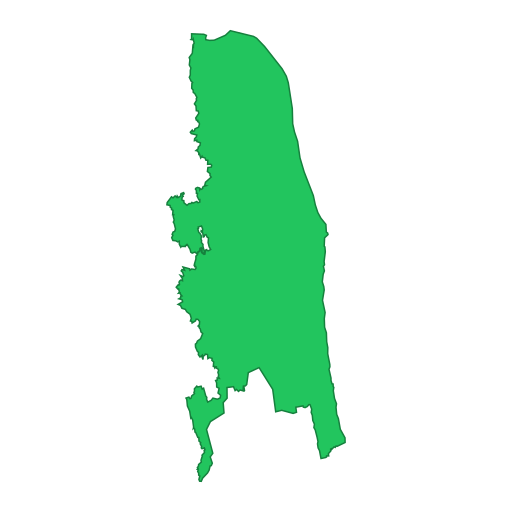 the district of Bandarban, Chittagong, Bangladesh
{"feature_id": "16705992B23463827258150", "entity_name": "Bandarban", "entity_type": "district", "adm_level": 2, "iso_a3": "BGD", "parent_name": "Bangladesh", "parent_adm1": "Chittagong", "projection": "equal_earth", "projection_center": [92.198, 21.77], "detail": "fine", "context": "isolated", "style": "filled", "palette": "green", "viewbox_px": 512, "rotation_deg": 0, "n_neighbors": 0, "source": "geoboundaries", "source_scale": "gbopen_adm2", "svg_char_len": 6092}
<svg xmlns="http://www.w3.org/2000/svg" viewBox="0 0 512 512"><path d="M325.9,224.4L320.9,218.2L317.8,212.5L315.3,204.9L313.3,195.5L304.1,171.8L300.0,157.9L297.6,141.3L294.5,132.0L292.7,123.8L292.3,108.5L288.3,82.8L286.3,76.2L282.1,68.8L264.5,46.4L256.6,38.2L253.5,36.4L230.3,30.7L225.4,35.3L214.2,40.2L209.5,40.4L205.8,39.7L205.6,37.8L206.4,35.4L203.8,34.3L191.6,33.8L191.6,38.9L191.0,39.5L193.1,39.9L193.3,39.3L194.2,43.3L193.4,44.2L193.4,46.6L192.9,46.0L192.3,53.3L189.2,57.5L189.9,59.8L189.3,65.0L190.9,68.0L190.3,70.4L190.3,75.1L189.3,77.3L191.1,81.1L192.6,82.5L191.9,83.4L191.7,88.3L193.1,90.0L193.3,92.5L194.7,93.4L196.9,97.4L196.2,98.9L196.6,100.2L194.4,103.9L196.0,106.0L196.3,110.7L198.2,111.0L198.8,113.3L195.7,118.0L196.3,120.1L197.8,120.4L197.6,121.6L198.8,122.1L199.5,124.0L198.5,127.2L195.0,128.8L194.4,130.8L192.9,131.4L192.2,130.1L190.3,132.2L191.3,133.6L196.8,135.0L196.3,136.9L194.6,138.7L194.4,140.7L196.8,140.2L196.9,141.6L200.4,142.8L200.0,145.4L198.2,147.1L198.2,148.7L196.0,150.6L197.5,150.9L198.8,152.9L198.8,154.2L199.4,153.8L200.7,158.0L202.0,156.3L202.2,157.1L205.0,157.9L205.9,160.2L207.8,160.3L207.6,164.3L210.8,164.2L211.7,165.3L211.3,167.1L207.9,167.5L207.4,171.5L210.0,173.5L210.0,175.5L211.2,177.1L205.5,182.2L204.7,185.4L206.0,185.7L203.3,186.5L202.6,187.5L202.8,188.2L201.6,189.3L200.4,188.8L199.8,189.8L199.6,188.0L197.5,187.4L195.6,188.4L195.5,189.4L196.4,190.3L196.4,193.3L197.5,193.4L197.1,196.1L198.9,199.8L199.8,199.6L199.8,202.1L197.9,202.7L196.8,201.5L193.0,203.1L191.9,202.4L191.0,203.5L189.0,203.6L187.0,205.3L184.0,202.8L183.8,200.6L182.2,200.3L181.9,199.4L182.2,197.0L183.2,196.4L182.5,195.0L184.1,193.8L183.6,192.6L181.0,193.6L180.4,196.3L178.2,197.5L177.2,196.0L176.8,197.4L175.1,195.9L173.0,197.9L171.5,196.8L167.2,202.5L166.9,204.8L170.1,205.5L170.3,207.3L171.6,208.1L171.5,209.6L173.0,210.3L172.6,214.8L173.7,214.7L173.2,216.4L174.2,220.1L173.3,222.1L174.2,223.6L175.5,228.9L174.7,231.4L173.1,232.0L172.1,234.4L172.9,235.2L171.7,237.7L172.9,240.5L175.8,240.8L177.7,241.9L179.3,241.2L179.3,244.2L180.8,247.2L181.4,246.4L185.3,246.5L185.4,245.6L186.6,245.4L186.6,244.5L187.2,244.4L190.1,249.4L190.8,252.2L192.2,253.1L195.0,252.1L197.2,254.1L197.6,252.1L199.7,250.7L199.9,248.4L201.3,247.7L202.0,248.5L202.1,252.5L204.2,253.5L204.4,251.7L202.9,246.1L203.0,244.4L201.4,242.5L201.6,240.4L201.0,239.2L201.4,236.1L200.0,233.4L198.8,232.4L197.7,228.8L198.5,228.5L198.2,227.0L201.5,226.0L202.7,229.1L202.3,231.7L201.2,230.8L201.1,231.5L202.8,233.1L203.3,237.0L204.2,236.6L204.7,235.0L206.0,234.6L207.2,237.2L208.5,237.9L208.1,242.6L209.2,246.9L210.7,249.5L208.3,250.8L207.0,250.5L206.7,249.6L205.5,250.1L204.9,254.2L203.9,254.4L201.6,252.6L201.6,248.5L200.4,248.5L200.0,251.0L198.0,252.5L197.4,254.8L195.9,256.1L195.9,259.0L194.4,264.2L194.8,265.0L194.2,265.3L194.9,266.8L195.7,266.6L196.1,268.0L195.1,269.5L191.6,269.0L189.9,270.2L189.6,268.8L183.0,267.0L184.6,270.3L182.0,269.6L181.2,270.9L182.7,272.4L183.8,275.8L183.0,276.6L180.4,275.5L182.3,278.4L182.5,280.7L180.9,280.0L179.6,281.0L179.0,282.2L179.5,284.3L178.9,285.1L178.2,284.8L176.2,287.2L177.9,289.1L178.6,288.9L179.4,292.1L178.5,293.2L180.3,293.0L180.4,294.2L181.9,295.9L180.8,296.1L180.6,297.8L178.9,298.8L182.1,299.7L182.6,301.8L178.1,304.4L180.5,305.4L181.9,308.3L185.4,309.4L186.7,311.7L190.1,314.3L191.3,318.4L190.4,321.0L191.8,321.5L192.1,323.0L195.5,320.9L196.1,319.2L197.8,319.3L199.6,321.4L199.4,324.5L198.1,326.0L199.3,326.5L199.1,327.6L200.2,328.8L201.0,332.0L202.7,333.5L200.6,338.7L197.4,341.1L196.5,343.3L195.4,344.1L195.5,347.1L197.4,351.4L198.6,352.4L198.3,354.6L200.0,357.0L202.2,355.2L202.0,357.1L203.0,359.5L203.2,355.9L204.6,355.5L205.3,354.1L207.5,354.5L207.9,358.6L209.4,357.6L212.1,358.4L211.9,360.4L213.7,361.9L213.3,366.3L214.1,366.3L214.8,368.0L215.7,366.7L216.4,366.8L216.4,368.1L218.1,369.1L218.6,370.4L217.9,372.3L218.7,375.1L218.2,376.4L219.3,378.3L217.2,377.9L217.2,380.1L215.6,380.5L216.6,382.8L216.7,387.0L219.1,388.3L218.0,393.0L220.6,395.2L220.2,397.9L217.4,399.2L212.9,398.1L211.2,400.3L207.7,402.1L206.6,399.3L206.8,397.3L205.8,396.1L203.6,388.2L202.2,389.1L201.1,386.2L197.7,387.0L196.8,386.1L194.4,388.8L194.5,391.3L193.9,392.3L194.5,393.6L191.7,395.9L190.9,398.4L189.9,398.7L188.9,397.1L186.0,398.1L186.8,399.6L187.4,406.0L189.7,411.2L190.8,418.2L191.4,417.6L192.7,420.1L193.6,427.1L193.3,428.6L193.9,428.1L194.7,429.0L195.0,432.1L195.7,432.4L197.8,437.4L198.8,437.5L199.0,441.1L200.7,442.7L200.2,443.9L201.6,446.3L201.3,447.9L202.0,448.7L204.4,447.9L205.0,449.8L204.1,450.3L204.5,452.5L202.0,455.2L202.3,456.1L201.0,460.2L201.3,462.1L198.6,464.5L198.4,466.4L197.4,467.4L198.1,468.5L197.2,469.3L198.3,469.9L197.7,471.6L198.6,472.9L198.7,475.2L199.8,476.0L198.9,479.4L199.6,481.2L201.3,481.3L202.6,478.2L207.5,473.0L209.1,470.2L210.1,466.0L211.3,465.6L212.3,463.2L210.2,456.9L212.8,453.3L206.5,429.4L210.4,421.6L224.0,413.0L223.2,402.6L227.1,398.2L227.0,387.5L233.5,386.7L235.1,390.6L236.5,389.4L238.5,391.4L240.1,390.0L244.0,391.1L244.5,390.6L244.1,388.0L243.2,389.1L243.4,386.1L245.4,385.9L246.7,384.5L248.3,372.6L259.1,367.6L272.7,389.3L275.7,411.8L281.7,410.3L293.1,413.4L296.5,412.3L295.8,407.2L303.0,405.9L303.3,407.1L305.1,407.6L307.3,406.5L308.9,404.6L310.0,404.6L311.7,409.2L311.2,412.4L312.3,415.3L312.8,420.5L314.4,424.1L313.9,427.6L315.2,429.8L317.1,437.3L318.0,441.6L317.5,443.8L318.1,447.9L319.5,450.6L321.0,458.5L325.7,457.5L326.6,456.9L326.6,455.9L328.7,455.9L328.4,453.6L330.7,451.1L330.6,449.1L331.4,448.7L331.6,449.5L334.1,446.9L335.2,447.4L336.1,446.0L337.2,446.3L345.1,442.5L345.0,437.8L340.3,429.3L338.4,418.6L336.7,414.4L336.0,407.2L336.5,403.8L334.5,398.4L333.3,390.7L333.8,387.3L333.2,386.7L333.1,384.0L332.0,383.8L331.0,380.4L331.0,378.1L329.0,369.3L329.9,366.8L329.8,364.4L327.7,353.7L327.8,347.6L326.7,341.8L326.4,332.8L324.6,327.3L324.3,318.6L325.1,312.5L322.5,300.3L324.2,290.0L323.8,286.6L322.3,281.8L323.2,274.2L324.4,270.9L323.4,266.2L324.5,264.8L324.1,261.5L325.3,251.7L324.9,246.9L324.2,246.2L324.6,237.8L328.0,234.6L327.7,233.1L326.3,232.0L325.9,224.4Z" fill="#22c55e" stroke="#15803d" stroke-width="1.5"/></svg>